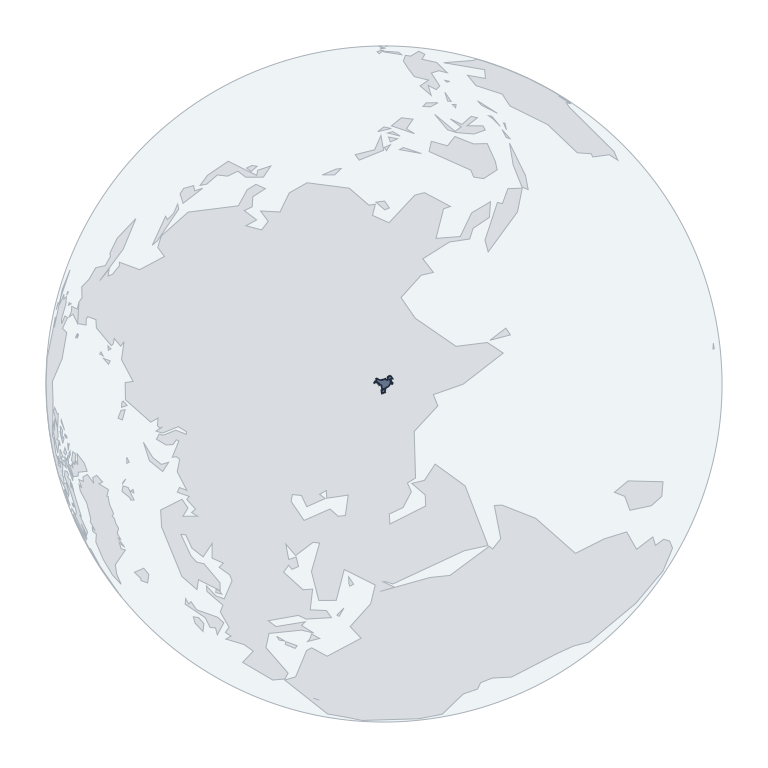 Haryana highlighted on a globe, orthographic projection, rotated 259°
{"feature_id": "IND-2430", "entity_name": "Haryana", "entity_type": "State", "adm_level": 1, "iso_a3": "IND", "parent_name": "India", "parent_adm1": "", "projection": "orthographic", "projection_center": [76.236, 29.302], "detail": "medium", "context": "on_globe", "style": "filled", "palette": "slate", "viewbox_px": 768, "rotation_deg": 259, "n_neighbors": 0, "source": "natural_earth", "source_scale": "10m", "svg_char_len": 12589}
<svg xmlns="http://www.w3.org/2000/svg" viewBox="0 0 768 768"><g transform="rotate(259 384 384)"><circle cx="384" cy="384" r="338" fill="#eef3f6" stroke="#a8b0b8"/><path d="M473.6,58.2L474.1,58.4L496.9,68.0L512.7,74.2L502.5,71.2L538.2,86.2L556.1,97.7L530.5,83.1L523.8,80.6L533.3,87.0L528.5,85.9L530.3,88.8L523.7,87.2L509.3,79.9L504.7,79.0L511.7,83.8L509.5,86.0L499.9,79.0L495.0,82.4L470.1,72.8L449.8,59.0L430.6,55.9L395.6,48.6L393.4,49.5L378.8,48.6L370.9,49.6L366.7,48.9L364.0,50.5L369.4,51.1L370.0,52.2L365.9,53.1L359.7,52.0L360.9,51.4L356.9,51.6L355.7,50.8L353.9,51.7L347.0,50.9L347.6,53.3L336.9,53.9L334.0,53.0L342.5,51.1L356.8,47.2L356.7,47.2L380.3,46.1L403.9,46.7L427.4,48.9L450.7,52.7L473.6,58.2ZM305.7,55.3L309.3,54.4L308.5,54.8L316.0,53.8L306.0,56.4L292.2,59.9L285.4,61.2L279.1,63.1L278.3,64.5L258.8,70.6L233.8,81.6L229.7,83.5L232.2,82.1L256.0,71.3L280.5,62.3L305.7,55.3ZM525.1,79.5L519.4,76.3L526.6,79.9L525.1,79.5ZM531.7,89.5L534.9,90.9L534.5,91.8L531.7,89.5ZM321.0,52.6L318.6,53.1L318.4,53.0L321.0,52.6ZM326.6,51.8L328.2,51.2L331.1,50.7L330.1,51.1L326.6,51.8ZM524.0,90.6L522.4,92.2L521.5,89.2L524.0,90.6ZM324.0,52.7L336.1,50.1L341.1,49.5L341.4,50.7L324.0,52.7ZM519.8,92.3L516.1,97.1L522.8,100.3L501.8,94.8L511.9,92.0L509.8,87.6L514.9,91.1L519.8,92.3ZM372.9,50.9L367.0,50.3L375.8,50.1L372.9,50.9ZM378.4,50.6L404.5,50.1L411.2,52.1L401.1,51.5L412.8,54.1L403.2,55.2L394.6,54.1L392.2,52.4L390.4,54.2L378.4,50.6ZM490.8,91.5L487.8,91.9L488.2,90.1L490.8,91.5ZM371.0,52.6L375.6,52.1L381.8,53.6L373.5,55.1L374.2,54.1L371.0,52.6ZM420.6,54.5L423.7,56.3L416.8,57.6L417.0,58.6L403.6,55.4L420.6,54.5ZM370.7,54.2L369.1,55.9L362.5,56.2L366.8,53.4L370.7,54.2ZM386.8,53.6L389.3,54.5L385.2,54.4L386.8,53.6ZM337.9,59.1L343.4,57.8L347.0,58.4L337.9,59.1ZM369.0,56.6L371.3,56.5L373.4,56.8L371.0,58.0L369.0,56.6ZM399.6,56.8L396.1,57.2L404.8,58.1L399.9,59.6L391.8,57.4L393.3,59.0L391.8,59.5L386.9,57.3L399.6,56.8ZM374.8,60.2L362.9,58.8L351.9,60.8L348.3,60.1L366.6,57.2L374.8,60.2ZM382.3,58.6L376.9,59.4L375.2,57.9L377.9,56.5L382.3,58.6ZM399.6,61.6L409.1,59.8L410.5,60.4L399.6,61.6ZM372.0,61.0L374.9,61.4L371.4,61.3L372.0,61.0ZM391.5,61.6L394.6,60.7L396.2,61.4L391.5,61.6ZM378.2,63.1L374.3,62.5L376.0,61.3L378.2,63.1ZM384.5,62.6L385.9,63.8L378.9,61.3L385.7,62.1L384.5,62.6ZM392.4,62.3L394.4,62.5L390.9,62.6L392.4,62.3ZM373.9,68.1L364.7,65.3L368.5,62.6L376.9,65.6L373.9,68.1ZM48.7,354.7L57.9,298.3L63.1,285.9L70.9,265.6L112.3,230.1L113.4,241.4L137.2,257.2L138.8,262.7L127.6,276.3L138.8,313.0L152.3,304.5L170.8,329.0L188.4,337.0L209.5,309.6L180.7,295.8L184.0,278.7L213.7,277.0L240.1,290.4L242.2,284.3L232.5,264.5L245.6,257.1L229.9,257.0L231.0,264.8L221.2,265.3L219.6,258.4L224.3,255.7L218.4,249.6L197.5,265.2L196.3,274.8L176.4,268.5L172.6,284.2L164.7,287.8L168.1,262.7L173.2,255.7L173.7,225.2L166.5,231.7L165.6,261.3L162.7,257.0L153.0,267.5L158.1,256.1L161.1,223.5L147.8,217.8L118.5,234.7L113.4,230.5L114.6,218.4L137.7,192.1L146.7,204.7L154.9,197.0L163.8,180.1L165.7,185.8L170.4,180.9L174.8,185.5L191.5,179.8L197.6,183.7L214.2,170.6L219.6,171.2L208.2,178.5L203.6,186.2L219.9,197.3L226.0,196.2L235.5,187.2L238.8,192.1L245.9,182.0L260.3,184.9L248.8,173.5L259.6,164.1L273.7,160.6L275.2,155.9L252.2,161.7L244.9,166.1L241.9,173.0L220.2,185.0L212.4,183.8L227.3,164.5L217.9,161.2L233.6,148.9L286.2,138.4L302.9,140.7L309.4,163.7L299.7,167.9L292.5,161.4L289.8,175.9L294.5,170.6L297.2,175.1L308.3,168.4L310.8,171.4L317.2,160.5L321.4,163.4L317.3,170.2L337.3,164.3L348.9,169.0L352.2,166.4L352.5,162.2L367.1,171.7L368.9,169.5L364.8,165.3L365.8,158.3L373.2,150.1L377.8,153.8L375.8,157.3L378.4,170.8L372.3,180.3L374.9,181.1L381.4,173.8L378.1,157.2L381.3,151.2L384.2,158.5L383.4,155.4L386.4,153.7L393.7,155.7L391.1,147.7L417.9,127.2L434.8,130.2L434.4,138.2L458.0,131.0L475.2,136.9L471.3,132.8L480.1,127.9L474.9,125.8L473.7,123.6L493.9,112.4L502.2,113.5L506.6,106.0L504.6,104.1L498.7,102.8L501.8,94.8L522.8,100.3L526.2,104.0L537.0,105.8L543.1,114.5L553.1,123.2L553.4,133.0L561.4,139.8L564.7,139.9L578.0,149.9L593.7,172.0L566.2,153.8L539.7,124.8L549.2,136.1L542.7,133.8L543.4,138.3L550.5,146.8L554.0,147.5L542.8,166.0L551.1,192.8L561.2,188.0L571.8,193.6L590.1,224.6L586.7,275.0L600.8,286.8L604.4,296.4L598.4,304.8L592.9,291.0L583.1,288.4L580.9,279.9L569.4,290.3L565.7,278.6L558.6,293.3L565.8,301.4L577.4,295.8L572.7,314.7L589.7,327.5L596.2,346.9L582.8,387.3L562.4,403.3L562.1,409.8L551.7,404.9L541.3,419.7L563.5,450.3L564.1,460.3L545.6,483.1L544.6,475.9L517.0,462.8L514.2,487.0L535.3,502.7L542.6,523.3L527.5,519.3L519.8,501.1L510.0,495.8L510.9,475.3L499.5,446.0L484.1,453.8L483.7,441.2L465.6,417.2L442.6,427.2L407.2,461.9L405.0,493.4L391.6,506.9L368.7,461.6L364.2,430.4L352.3,432.7L331.7,404.6L285.7,397.0L282.4,388.1L273.0,390.3L259.1,379.1L255.3,364.4L245.4,363.0L256.3,401.6L267.3,403.3L281.1,392.3L281.7,405.3L295.6,418.9L268.5,444.2L205.6,455.3L205.0,430.9L186.0,354.5L189.7,347.9L189.8,347.0L190.0,345.4L182.5,355.6L181.1,340.8L185.3,392.2L183.5,412.2L204.6,456.4L201.3,459.1L209.8,469.1L243.7,469.1L242.6,476.7L223.2,507.3L181.2,539.6L190.0,570.9L192.5,594.0L173.5,600.4L182.6,618.7L173.8,619.7L178.2,628.9L175.3,634.4L167.8,635.9L147.2,622.2L140.0,613.2L120.8,589.5L91.6,536.5L90.6,519.9L86.3,502.1L72.0,453.2L74.7,434.2L72.4,421.9L66.7,417.6L64.7,402.9L61.9,398.4L48.8,378.3L48.7,354.7ZM89.2,254.7L85.9,260.2L89.2,254.7ZM262.3,321.0L281.8,327.7L282.8,306.0L290.5,307.1L288.0,299.7L282.8,304.4L278.3,284.8L290.3,281.7L293.0,273.0L286.5,270.4L265.3,279.5L271.6,307.2L262.9,313.7L262.3,321.0ZM227.5,84.5L228.4,84.1L225.8,85.4L227.5,84.5ZM191.9,152.4L190.0,157.4L183.2,161.5L175.6,159.1L185.3,152.9L191.9,152.4ZM188.8,163.9L205.8,146.8L211.2,148.4L205.3,150.3L207.2,153.0L198.2,156.9L186.8,176.1L180.1,181.2L169.6,172.5L176.7,172.1L178.2,166.9L188.8,163.9ZM239.4,108.3L246.8,103.1L249.0,113.0L241.9,116.8L233.8,114.0L237.5,107.9L239.4,108.3ZM322.1,56.1L324.8,55.1L326.5,55.2L325.6,56.1L322.1,56.1ZM340.2,58.5L312.1,61.5L313.7,60.2L295.3,64.7L292.5,63.3L304.5,60.2L288.6,63.0L298.3,59.8L287.0,62.3L314.1,55.7L322.2,53.6L314.2,56.3L316.6,57.5L320.0,57.4L335.9,55.9L354.5,52.8L359.8,54.3L358.6,56.2L355.0,57.1L352.7,55.7L349.4,58.0L343.3,56.8L340.2,58.5ZM341.5,89.1L340.4,85.1L332.9,93.4L326.7,90.5L326.2,91.7L318.4,91.6L308.2,93.8L306.6,92.0L303.3,93.7L298.1,94.1L293.0,95.9L288.3,93.6L281.8,95.9L283.3,93.6L273.2,98.3L278.7,93.9L272.4,94.5L270.4,98.5L257.9,85.8L248.4,85.3L237.5,87.8L248.4,81.0L265.5,74.9L283.9,71.0L291.5,73.0L295.0,70.0L299.7,70.3L295.0,72.5L305.0,69.4L307.6,70.4L324.1,69.5L337.0,65.5L343.3,65.5L339.6,67.6L348.5,66.2L345.7,70.4L350.1,70.7L351.8,75.5L341.9,80.2L347.6,80.2L349.2,84.5L341.5,89.1ZM374.0,69.5L363.5,74.7L355.0,76.0L355.7,67.1L352.1,66.3L352.2,61.5L364.5,60.0L363.3,61.4L365.1,62.5L360.5,62.5L365.5,63.3L364.0,65.4L367.4,66.8L363.1,68.0L374.0,69.5ZM145.8,259.8L147.9,262.6L152.5,265.2L146.5,272.3L145.8,259.8ZM147.2,237.5L149.9,238.4L143.7,248.8L141.4,246.3L147.2,237.5ZM156.8,230.5L150.6,237.7L152.6,232.3L156.8,230.5ZM211.3,179.1L214.8,180.0L213.1,182.4L208.7,184.8L211.3,179.1ZM317.8,116.5L318.5,113.1L320.9,112.8L328.6,106.3L333.8,108.4L331.2,113.1L317.8,116.5ZM201.5,312.5L193.3,316.0L192.0,311.9L195.1,311.5L201.5,312.5ZM166.2,293.7L171.7,301.9L164.5,295.6L166.2,293.7ZM324.8,117.6L327.4,114.6L328.3,117.6L324.8,117.6ZM338.0,109.6L340.1,112.5L335.4,107.9L338.0,109.6ZM355.6,713.6L361.3,715.1L355.5,714.9L355.6,713.6ZM242.3,605.1L234.8,639.2L220.8,635.3L213.5,623.2L213.1,601.3L227.8,598.9L233.7,589.5L242.3,605.1ZM610.1,552.7L617.4,551.1L617.0,552.5L610.1,552.7ZM602.6,551.1L611.3,548.4L600.8,554.5L602.6,551.1ZM614.7,547.3L623.5,541.5L627.3,537.9L626.4,540.8L614.7,547.3ZM596.5,553.2L561.6,562.7L547.3,562.6L551.1,557.0L574.3,552.6L596.5,553.2ZM549.9,557.1L527.5,547.9L493.8,511.5L506.0,510.6L540.6,530.0L538.5,534.7L552.1,542.9L549.9,557.1ZM602.6,517.7L600.3,531.2L581.5,535.7L572.7,536.0L566.6,521.0L570.0,511.6L577.4,510.0L603.6,472.6L613.2,476.8L605.7,491.8L613.4,500.8L602.6,517.7ZM406.7,496.3L415.6,514.3L408.1,517.4L406.7,496.3ZM612.5,448.1L603.1,464.7L611.1,444.0L612.5,448.1ZM616.2,429.4L617.6,435.9L612.6,430.9L616.2,429.4ZM563.5,419.4L555.8,422.8L554.8,418.0L564.0,410.8L563.5,419.4ZM601.0,363.3L604.1,377.8L603.7,383.1L598.7,375.5L601.0,363.3ZM372.7,136.7L356.1,142.9L347.6,150.0L348.2,157.6L340.3,150.1L353.4,139.1L372.7,136.7ZM411.9,127.7L411.2,121.9L416.2,123.3L417.0,124.8L411.9,127.7ZM408.2,125.0L398.6,120.3L401.3,116.4L408.3,120.8L408.2,125.0ZM361.2,117.5L355.9,119.0L355.2,116.4L361.2,117.5ZM624.5,621.3L630.2,614.6L624.4,620.4L633.5,610.2L623.4,620.9L625.5,616.6L620.3,618.7L568.3,654.2L559.1,656.2L566.1,648.9L567.0,632.2L570.5,631.4L574.1,617.9L607.5,594.1L632.9,560.7L646.0,555.4L659.3,531.3L671.1,524.9L664.6,541.9L673.3,542.8L688.0,503.9L684.6,532.8L685.0,537.2L682.2,543.0L669.9,564.1L656.2,584.3L641.0,603.4L624.5,621.3ZM628.1,546.9L639.0,533.0L644.2,529.8L628.1,546.9ZM715.4,450.2L714.9,452.1L715.4,449.9L715.4,450.2ZM716.2,445.9L716.3,445.2L716.7,442.8L716.3,445.3L716.2,445.9ZM716.0,444.0L716.1,445.8L715.8,445.0L716.0,444.0ZM715.3,446.5L714.7,446.5L714.9,445.5L715.3,446.5ZM700.8,472.7L704.0,481.7L699.8,487.0L695.6,483.2L689.5,497.1L677.4,505.5L681.1,497.5L680.2,489.8L665.9,495.6L663.0,491.5L668.7,484.3L658.3,485.4L669.8,476.3L673.8,485.8L680.0,472.4L689.4,467.8L697.4,464.7L702.5,467.7L700.8,472.7ZM668.5,503.0L670.4,501.8L668.4,506.4L668.5,503.0ZM713.5,443.9L714.4,446.7L714.1,448.5L713.5,449.1L713.5,443.9ZM703.9,464.1L710.0,447.3L711.1,445.8L706.9,461.7L703.9,464.1ZM709.1,442.4L711.4,440.6L712.1,444.5L711.6,446.7L709.1,442.4ZM645.3,504.5L644.7,508.1L641.5,507.0L645.3,504.5ZM649.6,500.5L658.8,499.4L648.6,503.8L649.6,500.5ZM618.5,501.9L621.6,508.8L631.5,499.7L623.9,510.1L630.1,520.6L627.5,526.5L621.6,514.9L618.5,530.4L614.0,531.8L612.2,520.1L617.0,503.0L621.4,494.9L639.0,485.2L618.5,501.9ZM649.8,490.7L647.2,482.5L649.0,475.3L651.9,478.9L649.8,490.7ZM638.4,463.0L630.3,454.8L623.9,461.7L636.0,440.6L642.0,451.9L638.4,463.0ZM630.1,440.8L624.2,447.2L629.7,435.5L630.1,440.8ZM622.1,444.1L620.4,436.4L625.6,435.6L622.1,444.1ZM633.4,439.9L632.9,426.0L636.4,432.9L633.4,439.9ZM615.7,419.5L628.5,428.4L613.5,428.2L608.5,402.4L614.6,399.5L615.7,419.5ZM621.9,301.0L618.0,294.2L622.2,290.3L623.7,296.0L621.9,301.0ZM632.4,273.6L622.0,287.1L613.1,298.9L617.9,300.8L619.6,314.5L610.1,305.1L613.3,287.8L620.8,281.2L617.9,270.2L621.0,260.3L614.0,248.1L614.1,241.4L622.6,250.7L632.4,273.6ZM610.7,243.3L599.7,221.2L609.6,220.1L614.2,224.6L615.1,235.0L609.8,234.9L610.7,243.3ZM600.0,215.8L594.8,215.8L567.7,188.8L564.4,183.0L590.3,201.6L586.7,202.8L591.6,210.0L600.0,215.8ZM490.9,93.6L488.1,92.0L491.8,92.7L490.9,93.6ZM470.6,122.7L469.7,119.8L474.1,120.3L470.6,122.7ZM469.5,112.3L465.2,113.7L467.8,110.6L469.5,112.3ZM455.9,117.4L462.6,113.5L459.0,119.6L455.9,117.4Z" fill="#d9dde1" stroke="#a8b0b8" stroke-width="1"/><path d="M386.9,374.4L387.4,374.6L387.9,375.3L388.5,375.7L388.6,376.6L388.9,377.1L389.8,377.3L390.2,377.2L390.1,377.4L390.5,377.3L390.9,377.7L390.8,378.2L389.1,380.0L388.8,381.0L388.4,381.9L388.4,382.3L388.2,382.5L388.3,382.8L388.5,382.9L388.3,383.3L388.7,383.3L388.6,385.1L389.1,386.3L388.7,386.6L388.3,386.5L387.7,386.7L387.7,387.6L387.1,388.3L387.3,388.6L388.0,388.4L389.0,389.1L389.2,388.7L389.7,388.6L389.9,389.0L390.4,389.1L390.5,389.3L390.4,389.8L390.8,390.2L390.6,390.4L390.8,390.6L390.5,390.7L390.6,391.1L390.4,391.0L390.4,391.4L390.7,391.9L390.4,392.3L389.2,392.9L388.2,392.8L388.4,393.2L387.5,393.6L387.7,390.9L387.1,390.3L386.1,391.2L386.2,391.6L385.7,391.8L385.5,391.5L385.1,391.3L385.2,391.2L385.3,391.0L385.1,390.7L384.7,390.8L384.3,390.5L384.5,390.9L384.4,391.0L384.6,391.2L384.5,391.4L384.1,391.2L383.6,391.4L383.9,392.7L383.7,392.8L383.4,392.6L382.7,392.6L382.4,392.0L382.7,391.9L382.6,391.7L382.9,391.1L382.7,391.2L382.9,390.6L383.2,390.7L382.6,389.7L382.2,389.3L381.6,389.1L381.6,388.9L380.7,387.9L380.1,386.2L380.3,385.8L379.7,385.1L379.6,384.2L379.4,384.4L379.3,384.0L378.9,384.2L378.6,384.1L378.0,384.4L376.8,383.4L375.7,383.8L375.3,383.1L375.7,382.8L375.5,382.2L375.6,381.3L375.1,381.4L374.9,381.2L375.0,380.9L375.4,380.6L375.2,380.1L375.9,380.3L376.2,380.0L376.7,379.9L377.3,380.2L377.7,380.6L378.2,380.3L378.2,380.9L378.4,381.1L378.7,380.8L378.9,381.3L378.5,381.7L378.9,382.4L379.2,382.3L379.2,382.0L380.0,381.0L381.2,381.2L381.8,380.9L382.2,381.4L383.0,381.3L383.9,380.7L383.7,380.2L383.9,379.4L384.1,379.4L383.9,379.1L384.7,379.2L384.9,378.8L385.1,379.3L385.5,379.4L386.0,379.0L386.1,378.7L385.8,378.4L385.6,378.6L385.5,378.4L386.5,377.8L386.5,377.4L387.0,377.4L387.2,377.7L387.4,377.7L387.4,376.3L387.0,375.9L387.0,374.9L386.7,374.5L386.9,374.4Z" fill="#64748b" stroke="#1e293b" stroke-width="1.5"/></g></svg>